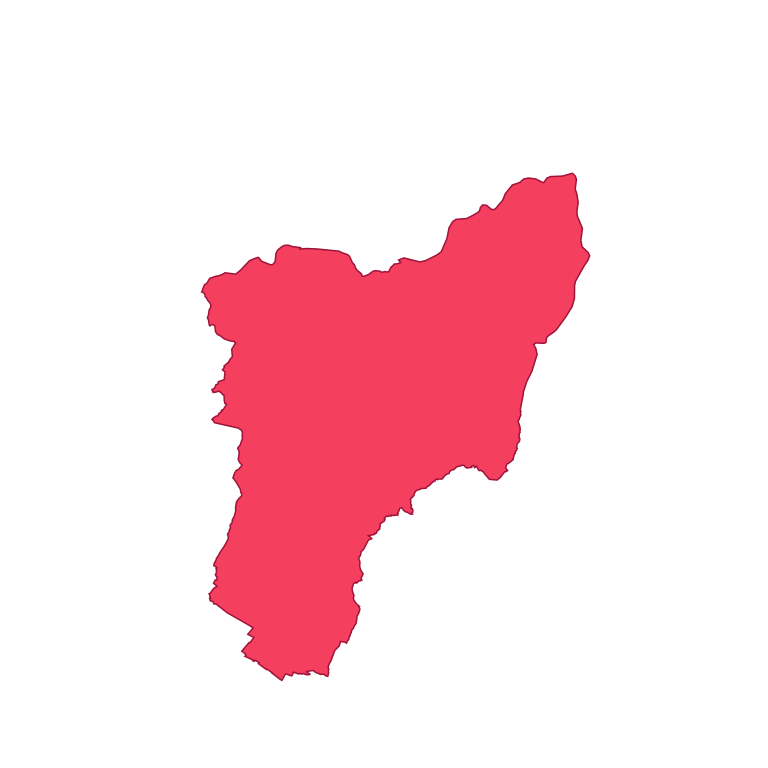 the district of Baia Sprie, Maramures, Romania, rotated 321°
{"feature_id": "2599482B79433143799510", "entity_name": "Baia Sprie", "entity_type": "district", "adm_level": 2, "iso_a3": "ROU", "parent_name": "Romania", "parent_adm1": "Maramures", "projection": "natural_earth1", "projection_center": [23.691, 47.679], "detail": "fine", "context": "isolated", "style": "filled", "palette": "rose", "viewbox_px": 768, "rotation_deg": 321, "n_neighbors": 0, "source": "geoboundaries", "source_scale": "gbopen_adm2", "svg_char_len": 6147}
<svg xmlns="http://www.w3.org/2000/svg" viewBox="0 0 768 768"><g transform="rotate(321 384 384)"><path d="M156.3,575.8L159.3,573.5L160.1,572.1L161.9,570.5L161.8,569.8L163.2,568.3L165.4,566.9L168.1,566.0L178.1,560.1L184.1,559.4L186.9,557.8L188.0,556.6L191.1,559.9L191.8,561.8L193.2,560.9L196.0,560.3L197.1,559.1L199.4,558.2L199.6,557.5L202.0,556.7L203.8,555.1L206.4,554.6L208.6,553.4L211.4,552.6L214.8,549.8L216.5,547.7L219.7,546.4L222.8,544.5L223.8,543.4L224.0,541.7L225.0,541.5L224.3,537.9L224.6,532.8L226.0,530.5L227.6,529.5L228.6,526.1L230.5,522.8L234.6,520.0L237.1,520.1L237.0,521.2L237.7,521.5L240.7,521.2L242.1,522.3L243.5,522.4L243.4,521.1L243.7,520.7L248.3,518.4L248.6,515.0L249.6,511.8L250.4,510.4L253.4,507.0L254.3,504.2L256.3,502.4L257.2,502.7L259.4,501.2L260.5,500.0L264.3,499.6L273.6,495.5L277.1,496.5L277.1,494.9L276.4,492.1L281.9,494.9L283.0,494.3L283.4,495.0L284.4,495.0L285.9,494.0L289.3,494.1L290.3,492.8L291.5,492.2L292.9,490.2L298.0,490.7L299.8,489.6L299.4,488.7L302.3,488.2L303.1,488.4L303.6,489.4L305.3,489.9L306.5,491.1L307.0,491.1L306.9,490.4L307.1,490.4L309.0,492.5L312.1,494.2L312.2,494.6L312.5,494.3L312.6,493.5L313.7,493.3L313.6,492.8L316.4,491.7L318.3,490.4L319.9,491.3L319.7,492.1L320.1,493.1L319.7,494.0L320.1,496.5L321.5,498.4L322.6,501.8L324.3,503.0L324.6,501.8L325.8,501.7L327.2,499.9L327.1,498.9L327.6,498.7L327.5,498.1L326.8,497.3L329.1,495.6L329.3,493.9L331.7,491.0L332.0,490.1L337.0,489.5L338.7,488.2L341.2,487.2L343.6,487.5L345.7,488.6L347.0,488.6L351.0,491.4L353.1,490.9L355.1,491.4L357.1,491.3L358.0,490.8L359.4,491.0L360.0,490.5L361.1,491.2L362.4,491.1L363.1,491.5L363.7,490.7L364.9,490.7L365.6,492.2L367.2,492.5L368.7,494.0L369.8,494.5L373.0,493.5L376.2,493.6L378.2,494.5L379.6,493.6L381.4,493.3L383.1,493.7L384.2,494.5L388.2,494.1L394.5,496.9L395.0,497.7L395.0,499.9L395.5,501.4L399.7,504.0L400.3,503.0L402.5,503.8L401.7,506.0L404.1,506.2L403.3,510.7L404.0,511.7L404.9,511.9L405.9,515.1L405.7,516.7L405.9,524.4L411.4,529.8L415.8,529.8L422.5,528.2L423.8,529.0L425.7,529.0L425.5,527.2L425.9,525.6L429.2,523.5L430.9,524.0L436.5,524.1L441.0,520.6L442.6,520.4L443.2,519.3L445.1,519.1L446.1,518.2L447.1,518.0L447.1,516.8L449.8,514.3L453.2,513.8L454.7,512.5L455.4,511.4L455.0,510.7L455.4,510.0L456.4,509.6L457.9,507.7L459.4,507.2L460.0,506.0L461.8,504.7L461.7,503.6L463.0,502.6L462.7,502.0L463.0,501.2L463.7,500.6L464.1,498.7L464.9,497.5L465.6,496.8L466.8,496.7L467.9,495.6L470.7,494.4L471.3,493.0L473.4,491.2L473.4,490.0L485.8,479.6L487.6,477.7L496.6,471.9L507.1,467.1L521.6,457.4L524.4,451.8L525.1,447.6L527.9,447.7L533.9,453.0L535.9,453.7L539.7,450.2L542.0,450.0L548.9,450.5L552.6,450.2L567.7,446.2L579.0,442.2L585.8,437.4L594.2,427.3L597.4,424.7L614.0,418.1L619.8,416.4L624.5,413.8L625.4,410.4L624.3,402.1L627.4,396.2L636.1,388.0L639.8,375.5L642.4,371.4L649.3,364.9L653.6,357.4L655.2,352.9L662.4,346.0L663.5,342.7L663.0,338.8L653.5,334.7L644.0,327.6L640.2,326.5L634.9,328.0L633.7,326.3L631.0,320.2L625.9,314.8L621.5,312.6L616.2,312.8L609.0,310.1L598.2,312.4L592.0,315.8L581.2,317.9L579.0,317.6L577.4,315.8L576.1,309.5L573.3,306.9L570.0,307.5L567.4,309.4L565.0,309.8L557.9,308.6L552.3,307.4L543.7,301.4L539.6,301.0L532.9,303.5L524.6,310.5L511.6,317.3L506.2,317.0L494.0,314.3L488.6,311.6L478.9,298.6L473.4,296.8L473.4,300.2L470.6,299.2L467.2,297.2L464.8,297.7L463.4,297.5L458.2,299.7L456.2,298.3L455.6,297.2L452.6,295.9L452.1,294.1L448.5,290.4L446.2,289.4L440.8,289.2L435.7,287.4L435.0,286.5L435.8,283.8L434.7,279.0L434.9,276.3L436.0,272.6L435.8,270.0L437.4,263.6L437.5,262.3L437.0,260.3L433.6,254.9L432.8,252.6L416.8,236.8L409.2,230.1L403.4,226.0L404.9,225.4L399.6,219.9L396.8,215.7L393.7,213.5L390.4,212.9L385.3,213.1L382.0,214.7L376.3,220.5L372.7,221.1L370.8,219.9L366.2,211.6L366.1,206.6L363.0,205.2L357.0,203.5L344.8,205.2L337.9,205.3L330.4,197.5L327.0,197.0L323.3,195.7L321.5,194.6L315.0,192.2L309.9,194.2L306.8,193.9L300.2,197.8L300.9,198.5L301.4,201.4L300.0,203.5L300.2,205.8L299.6,208.2L299.7,211.6L299.3,213.4L297.4,215.4L294.6,216.5L291.3,219.6L288.3,221.6L287.9,223.8L285.3,228.2L285.3,229.3L287.0,229.2L288.2,229.9L289.1,232.3L286.0,237.3L285.7,240.4L287.3,244.1L288.2,248.3L291.3,253.4L294.4,256.8L294.2,259.2L293.2,259.1L287.5,261.2L283.4,267.3L279.6,268.0L277.1,269.1L276.9,269.5L275.8,269.2L270.9,269.4L270.6,270.5L267.3,271.4L268.1,274.5L262.5,280.1L256.8,278.0L254.8,279.4L252.7,278.9L249.8,280.6L246.7,280.1L245.9,283.0L246.8,283.0L247.2,284.0L251.6,285.9L251.6,287.8L252.0,288.6L252.1,291.7L252.4,292.4L249.3,296.6L248.1,298.9L249.0,300.6L242.8,302.8L241.8,302.2L240.6,302.4L240.7,303.1L239.3,303.3L237.2,303.0L234.8,304.1L233.2,303.3L229.6,302.9L228.2,303.3L228.5,303.6L228.0,304.1L228.3,304.5L227.9,307.4L243.0,326.5L244.1,330.2L243.4,332.9L241.6,334.4L239.7,337.3L233.3,341.1L230.8,341.4L229.7,342.0L229.1,345.2L226.1,348.4L223.5,350.5L222.8,352.1L222.4,355.1L222.7,357.7L217.5,358.8L214.6,358.2L211.8,359.2L207.4,362.0L207.6,363.1L207.3,367.6L206.2,375.1L204.3,378.7L204.3,380.0L202.9,381.3L199.1,381.7L195.1,382.8L190.3,387.2L189.3,389.0L184.5,392.5L180.7,394.1L178.5,396.3L176.6,396.4L175.0,397.4L174.6,398.7L173.4,399.6L172.0,400.0L171.0,401.2L168.0,402.1L166.8,404.7L165.6,406.3L158.4,409.3L150.4,411.7L148.3,412.8L144.0,414.1L142.7,415.1L139.2,416.5L137.5,417.9L138.6,421.2L137.5,421.5L136.8,422.8L137.1,422.8L135.2,424.8L133.3,426.3L133.0,426.1L132.3,429.1L132.5,429.2L130.9,431.3L129.5,430.1L126.1,431.6L127.0,436.1L122.8,435.7L117.3,437.2L116.1,436.9L114.6,441.0L113.7,440.6L112.5,443.3L113.9,444.6L114.0,446.3L113.3,447.6L115.5,449.9L115.3,450.7L118.2,463.2L127.5,487.1L128.8,491.2L120.6,492.8L123.3,499.1L117.1,500.7L116.5,500.0L105.3,502.1L106.2,505.8L106.2,507.8L104.5,508.1L108.6,516.3L107.9,516.6L108.3,517.6L109.4,517.3L109.5,518.0L110.2,518.0L111.6,522.1L110.4,522.3L112.9,531.9L113.5,531.8L113.7,532.2L115.4,538.1L115.0,538.1L117.4,548.1L118.2,550.1L124.8,547.4L125.4,547.6L127.6,551.5L128.7,552.8L132.4,551.1L135.2,555.7L136.3,555.8L137.2,557.4L139.2,558.5L140.7,561.1L143.5,563.1L143.9,562.7L142.6,559.1L142.8,558.6L148.2,561.8L148.8,562.5L149.2,564.7L151.8,569.6L154.8,571.8L154.9,573.9L156.3,575.8Z" fill="#f43f5e" stroke="#9f1239" stroke-width="1.5"/></g></svg>